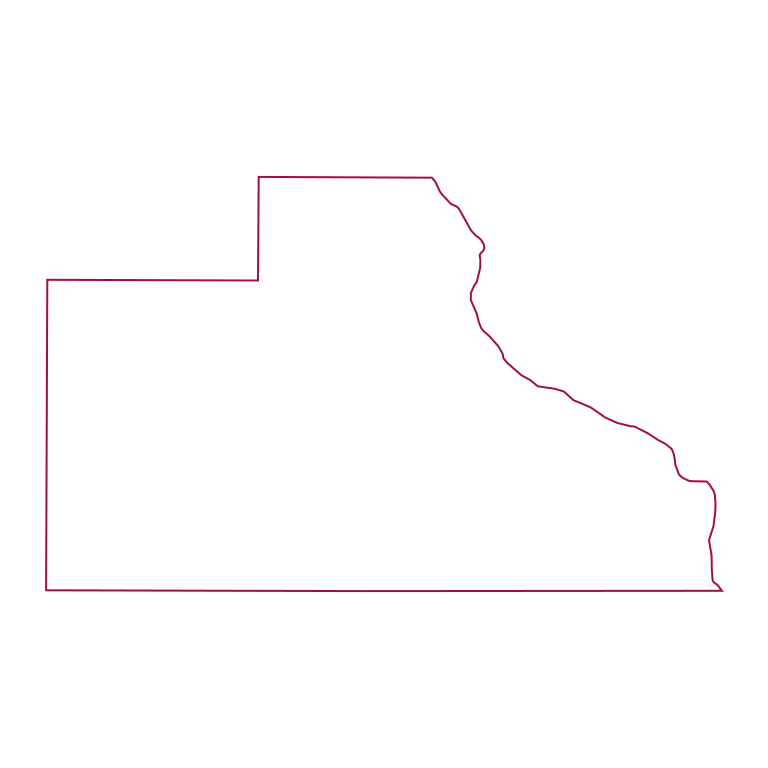 outline of Jackson, Iowa, United States of America
{"feature_id": "52423323B11078119657450", "entity_name": "Jackson", "entity_type": "district", "adm_level": 2, "iso_a3": "USA", "parent_name": "United States of America", "parent_adm1": "Iowa", "projection": "equal_earth", "projection_center": [-90.354, 42.208], "detail": "fine", "context": "isolated", "style": "outline", "palette": "rose", "viewbox_px": 768, "rotation_deg": 0, "n_neighbors": 0, "source": "geoboundaries", "source_scale": "gbopen_adm2", "svg_char_len": 1024}
<svg xmlns="http://www.w3.org/2000/svg" viewBox="0 0 768 768"><path d="M46.1,590.3L363.7,591.1L721.9,590.8L717.7,585.2L713.5,582.1L712.6,580.1L711.8,569.6L711.6,555.7L709.0,540.1L713.5,526.1L715.2,512.7L715.5,503.8L714.9,495.0L713.9,491.5L709.7,484.7L706.6,481.5L691.6,481.2L688.9,480.8L682.7,477.9L679.0,474.6L675.4,465.0L674.5,457.4L673.5,453.1L671.6,448.8L665.6,444.0L658.2,440.1L648.5,433.7L634.7,426.6L629.9,426.1L617.5,423.0L605.7,417.8L590.9,407.5L573.3,400.1L573.2,399.9L563.8,391.5L554.8,388.8L537.8,386.3L530.4,380.2L521.3,375.2L506.8,362.5L503.5,358.3L502.5,353.4L498.2,346.1L489.3,336.1L484.0,331.5L481.2,328.2L478.7,321.7L476.9,314.1L470.8,300.0L470.9,292.9L474.4,285.2L476.7,282.1L480.2,267.8L480.4,260.3L479.7,255.1L480.6,253.3L483.3,250.6L484.1,248.9L484.3,247.3L483.8,244.5L481.5,240.4L479.4,238.1L475.8,235.6L471.1,230.5L459.0,208.8L456.8,206.6L451.0,204.0L442.1,194.5L440.1,191.9L435.1,181.4L431.9,177.7L258.7,176.9L258.0,280.5L47.3,279.8L46.1,590.3Z" fill="none" stroke="#9f1239" stroke-width="2"/></svg>